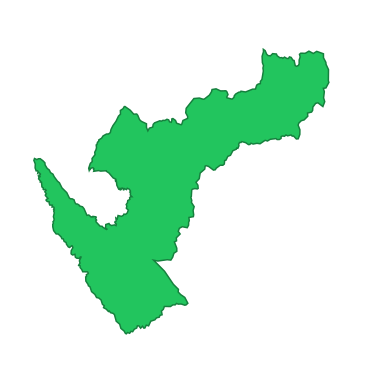 the district of Junin, Junín, Peru, rotated 352°
{"feature_id": "86281439B69891072008043", "entity_name": "Junin", "entity_type": "district", "adm_level": 2, "iso_a3": "PER", "parent_name": "Peru", "parent_adm1": "Junín", "projection": "natural_earth1", "projection_center": [-75.905, -11.058], "detail": "fine", "context": "isolated", "style": "filled", "palette": "green", "viewbox_px": 384, "rotation_deg": 352, "n_neighbors": 0, "source": "geoboundaries", "source_scale": "gbopen_adm2", "svg_char_len": 5946}
<svg xmlns="http://www.w3.org/2000/svg" viewBox="0 0 384 384"><g transform="rotate(352 192 192)"><path d="M335.4,117.1L337.0,111.1L336.5,107.6L339.1,107.6L342.8,102.5L342.5,100.9L344.2,89.8L342.5,84.3L342.6,82.2L340.9,77.4L341.4,73.4L335.1,70.1L331.4,71.7L327.4,68.8L323.5,70.4L319.0,69.7L317.6,70.6L317.9,73.3L316.5,76.2L315.9,80.2L314.9,81.5L313.1,82.1L311.8,81.2L311.4,76.0L310.3,75.5L308.9,72.5L307.3,71.8L306.1,73.2L304.6,73.0L302.4,71.3L300.6,72.3L299.7,71.4L297.7,71.3L295.3,69.0L294.8,67.1L291.1,66.2L288.6,68.1L286.2,67.4L285.1,65.9L284.1,62.2L282.5,60.7L282.3,63.1L280.3,67.4L279.7,73.7L280.4,76.9L279.5,79.1L279.5,82.1L276.9,90.3L275.1,92.0L274.8,94.2L272.6,94.3L270.9,95.2L269.2,98.9L266.3,98.6L258.9,100.4L254.5,99.0L254.0,99.7L252.2,99.7L248.8,101.1L247.2,102.7L246.7,104.2L244.6,105.6L239.7,103.6L239.6,102.8L241.2,100.5L240.4,97.4L239.6,96.5L234.4,95.9L230.2,93.2L226.1,93.3L225.3,95.4L222.7,98.5L217.3,101.6L216.0,101.7L212.4,100.0L206.9,99.7L197.9,108.3L196.8,112.7L198.2,116.5L197.9,118.5L193.0,119.9L191.4,123.3L190.6,123.9L186.4,121.8L185.6,118.8L183.3,116.6L182.1,116.9L182.1,118.1L181.1,120.1L179.5,119.4L178.9,117.3L177.3,116.5L175.2,117.4L173.2,117.0L171.5,117.6L170.1,117.0L164.6,118.3L163.0,119.6L162.1,122.3L158.7,122.8L156.8,125.3L155.9,121.7L156.4,118.1L151.7,115.0L150.1,113.0L149.0,108.6L148.1,107.1L145.1,106.8L142.2,102.4L137.5,98.0L136.8,98.0L135.3,99.9L132.4,101.3L132.0,105.0L129.8,106.6L126.6,111.4L123.0,115.2L120.5,118.8L119.4,121.8L117.5,122.9L115.3,122.7L111.7,124.1L110.0,126.1L106.9,127.5L106.9,128.4L105.3,129.7L104.4,131.9L103.7,132.1L103.6,134.8L102.8,136.8L101.2,139.1L101.2,141.5L97.7,144.9L97.4,148.0L95.3,149.5L93.0,154.1L93.2,156.3L94.2,154.7L94.5,155.3L95.2,154.4L97.2,154.1L98.1,155.3L97.6,156.2L98.2,157.1L97.7,157.8L102.5,157.8L104.5,158.6L110.0,159.0L109.9,159.4L112.4,161.6L115.9,167.1L118.3,168.6L118.5,170.1L117.8,169.9L117.8,170.7L118.6,171.7L118.5,174.8L119.8,179.0L120.9,179.6L120.7,178.6L121.2,178.3L122.3,179.5L123.3,178.3L124.2,179.2L124.4,180.3L124.9,180.3L125.3,179.1L127.5,180.5L128.4,179.3L130.2,180.4L131.1,182.1L131.1,182.9L130.4,183.4L131.0,184.2L130.5,186.4L131.8,188.3L130.5,188.1L129.4,189.0L129.4,190.7L127.2,191.5L126.5,193.8L125.1,195.2L125.5,197.0L124.7,198.9L126.4,201.1L124.9,203.8L123.1,204.9L121.5,204.4L120.6,205.6L118.8,206.3L115.5,205.0L114.2,208.3L113.0,207.1L112.9,210.1L112.5,210.7L111.7,210.6L111.4,211.6L112.6,213.3L112.1,214.7L110.8,213.8L107.6,214.0L105.9,212.8L105.4,211.6L102.1,212.2L101.3,215.9L102.6,216.9L102.1,217.2L98.9,214.6L98.3,213.5L96.2,213.0L92.9,208.3L92.8,206.9L93.6,206.5L92.8,204.8L93.6,203.7L93.4,203.2L90.9,202.5L90.5,202.9L90.3,202.4L88.7,202.8L86.6,200.4L84.7,200.5L82.8,193.6L81.5,191.4L78.7,190.2L78.7,189.6L77.0,188.0L75.7,187.9L74.6,186.2L74.1,183.3L72.4,182.1L70.7,181.8L69.7,180.8L67.9,175.2L63.8,169.8L62.0,164.4L60.3,162.6L57.6,157.6L56.8,155.0L54.6,153.1L53.7,150.3L51.9,148.5L50.3,144.8L50.4,142.6L48.8,140.4L46.3,137.9L44.5,137.7L42.9,138.3L40.7,136.9L39.8,138.7L40.7,142.4L40.0,146.3L40.6,149.4L42.0,149.5L42.4,150.4L41.9,151.9L43.1,151.4L44.4,153.1L44.2,153.7L42.9,154.0L43.7,155.7L42.7,156.2L42.3,155.7L42.4,156.8L41.9,157.6L43.4,160.0L43.1,161.0L44.3,161.3L44.1,166.1L45.3,167.3L45.0,168.6L45.8,169.3L47.1,169.0L47.8,170.1L46.3,171.3L47.5,173.5L46.4,174.4L46.3,175.1L48.5,178.3L46.6,179.2L46.4,180.1L47.4,181.3L49.3,181.9L49.0,183.2L49.3,185.1L51.9,185.6L51.3,187.4L52.9,187.6L53.3,188.7L52.5,189.9L53.2,190.7L52.4,191.5L52.7,193.5L51.3,197.2L51.7,199.6L51.2,201.2L50.2,202.1L50.4,203.6L49.6,204.6L49.3,207.1L49.6,211.0L51.6,214.6L53.6,215.0L56.1,218.1L56.7,220.2L58.0,220.5L58.5,223.2L60.3,224.4L60.4,226.2L61.9,229.2L63.1,229.9L65.4,228.5L66.0,228.8L66.3,230.6L64.3,233.2L63.7,235.9L63.9,236.8L65.1,237.8L67.4,237.4L67.4,240.3L68.5,241.4L71.2,242.2L72.4,240.7L73.1,241.0L70.9,244.5L71.2,246.8L69.1,249.3L70.1,248.9L70.9,249.5L70.7,251.3L72.0,253.4L72.7,255.8L77.2,256.5L77.8,257.1L77.9,258.3L75.9,259.2L75.8,260.9L74.9,261.3L74.5,265.5L76.3,269.3L76.3,270.4L77.8,271.7L78.7,276.7L81.6,279.9L82.8,283.2L84.9,284.0L86.9,286.2L87.7,290.8L89.3,292.4L88.3,294.2L90.8,296.1L92.6,298.7L93.4,298.3L94.6,300.2L96.8,301.1L98.1,302.5L99.0,309.5L102.0,312.8L102.6,317.2L105.4,320.2L106.4,322.8L107.2,323.3L108.6,322.2L110.6,323.2L112.2,321.5L113.8,322.1L115.8,319.8L118.3,319.0L119.3,316.9L120.7,317.1L122.2,319.7L124.3,318.0L125.4,320.1L126.4,320.1L128.2,317.5L130.4,318.5L133.2,314.2L137.5,313.4L139.3,311.7L142.2,311.4L143.1,309.7L145.3,309.4L145.2,305.6L147.3,304.2L148.7,301.5L154.8,302.4L157.3,301.1L159.7,301.4L161.2,300.2L162.7,301.1L165.7,301.4L169.1,303.1L170.4,303.0L172.4,301.6L170.2,295.4L166.5,292.0L164.4,289.1L165.0,286.5L160.7,280.8L153.8,266.7L144.5,254.2L148.6,255.6L158.0,255.6L161.6,256.5L163.8,253.9L165.6,250.1L168.7,248.6L169.1,245.5L167.6,239.0L169.9,238.2L170.1,235.2L174.4,231.9L172.9,229.1L174.4,226.2L177.5,225.0L182.3,226.7L184.0,224.4L184.5,221.4L185.3,220.1L185.4,216.8L189.9,216.6L190.5,214.8L190.5,210.5L192.1,206.8L190.0,202.3L190.6,200.3L190.1,197.0L190.7,196.4L192.0,190.0L192.7,189.3L195.3,189.0L197.7,189.7L198.6,189.3L198.8,186.1L197.3,182.9L201.0,179.9L202.7,174.4L207.8,171.1L208.6,168.2L209.6,167.9L211.9,168.9L216.3,173.3L218.2,173.2L219.3,171.8L223.7,169.4L226.3,169.8L227.9,168.8L228.7,165.4L230.1,165.2L232.4,161.7L235.2,161.0L238.2,156.8L241.8,155.8L242.3,154.8L243.5,155.1L244.9,152.8L244.9,151.0L246.0,149.6L247.4,149.8L248.3,149.0L252.0,150.6L254.5,152.9L255.9,153.0L257.1,151.9L259.2,153.0L263.1,152.8L266.1,153.7L271.6,151.0L273.9,152.0L276.8,150.7L282.6,150.8L283.6,151.9L285.7,152.2L287.6,151.4L288.0,149.5L289.3,149.1L291.4,149.7L293.0,148.6L294.5,149.7L298.0,149.3L299.0,150.6L300.4,150.7L302.7,154.0L304.6,154.1L306.8,150.0L307.5,145.4L306.4,140.5L307.4,138.6L310.2,136.6L313.1,136.2L317.2,133.1L317.4,129.9L321.5,129.5L322.8,128.0L323.5,124.7L326.8,121.4L329.1,121.2L333.5,125.6L336.0,121.0L335.4,117.1Z" fill="#22c55e" stroke="#15803d" stroke-width="1.5"/></g></svg>